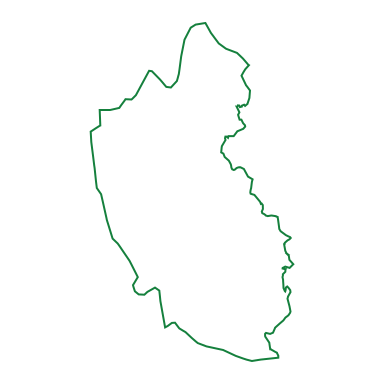 the district of Kpaai, Bong, Liberia
{"feature_id": "62588387B85752437288892", "entity_name": "Kpaai", "entity_type": "district", "adm_level": 2, "iso_a3": "LBR", "parent_name": "Liberia", "parent_adm1": "Bong", "projection": "robinson", "projection_center": [-9.185, 6.933], "detail": "fine", "context": "isolated", "style": "outline", "palette": "green", "viewbox_px": 384, "rotation_deg": 0, "n_neighbors": 0, "source": "geoboundaries", "source_scale": "gbopen_adm2", "svg_char_len": 3546}
<svg xmlns="http://www.w3.org/2000/svg" viewBox="0 0 384 384"><path d="M278.3,357.7L278.3,355.7L277.5,354.1L277.0,353.1L276.9,352.7L275.1,351.8L272.7,350.4L270.8,349.4L270.6,349.0L270.2,349.1L269.4,343.5L269.3,342.7L265.3,336.7L265.1,335.9L265.1,333.8L265.6,333.3L266.0,332.9L268.0,333.4L270.1,333.9L273.0,332.7L275.0,328.1L275.1,327.7L280.0,323.3L283.3,320.5L283.7,320.0L285.4,317.6L287.8,315.8L288.5,315.2L290.1,312.8L290.5,311.5L290.2,310.0L289.5,306.3L287.5,298.7L287.8,297.6L288.0,296.6L290.5,292.1L290.2,290.1L288.4,287.7L287.2,286.5L285.9,287.5L285.5,290.6L285.2,291.4L284.8,291.0L283.5,288.0L283.4,285.1L283.1,280.9L283.1,279.9L282.5,277.1L282.9,275.6L282.9,274.2L285.3,271.8L285.5,269.4L285.6,269.2L285.3,269.2L284.8,268.7L284.4,269.0L282.6,268.5L282.7,267.9L283.8,267.4L284.8,266.8L285.3,266.6L289.6,267.9L293.3,264.2L291.0,261.6L290.8,261.4L289.4,259.8L288.8,255.7L287.1,254.0L287.4,254.0L286.5,253.3L285.3,250.8L284.4,245.8L284.1,244.2L284.6,244.1L284.8,242.8L287.5,240.4L289.5,239.3L290.7,238.0L290.6,237.9L290.2,237.2L287.8,236.1L285.8,235.1L284.1,233.8L282.6,232.7L280.6,231.2L279.3,229.0L278.9,225.8L278.0,219.2L277.6,216.9L276.3,216.6L276.0,216.2L271.6,215.5L271.3,215.5L267.7,216.1L265.7,215.5L265.3,214.9L263.8,213.9L262.3,213.2L262.0,212.2L261.8,211.6L262.9,209.0L262.8,205.1L261.6,203.5L260.9,203.9L260.1,201.8L254.4,194.9L250.8,193.8L250.6,193.7L250.3,192.5L250.5,190.7L250.8,189.2L251.1,188.3L251.7,183.5L251.9,181.9L252.1,181.1L252.6,179.3L250.2,177.9L248.0,176.6L244.8,170.7L243.9,169.0L240.5,167.3L239.9,167.2L239.7,167.4L238.7,167.3L237.7,167.6L236.5,168.1L235.0,169.5L234.1,169.9L233.8,170.0L232.2,169.3L231.4,167.6L231.1,165.5L230.8,164.3L229.1,161.1L228.8,160.6L225.5,157.7L224.7,157.0L223.4,153.6L222.8,153.3L221.2,152.4L221.3,151.4L221.7,147.2L221.9,146.1L225.5,140.0L225.0,138.2L225.3,137.1L225.4,136.6L226.5,136.6L228.0,137.8L228.4,136.1L231.6,136.1L233.7,136.1L234.4,135.2L237.4,131.2L237.8,131.1L243.3,128.8L243.5,128.5L245.2,126.6L245.0,125.3L243.1,123.2L241.4,119.7L239.6,119.7L238.5,116.2L238.1,114.8L239.4,112.3L236.8,107.0L237.1,107.1L237.8,105.4L238.9,105.5L239.2,105.5L239.9,107.1L241.8,106.6L241.8,105.7L244.1,104.7L245.1,105.9L247.2,104.1L247.4,104.0L249.4,98.0L249.7,94.2L250.0,90.5L247.2,86.7L246.0,85.2L245.6,84.3L241.5,75.7L243.5,72.1L245.3,69.2L247.0,67.3L248.9,65.2L248.4,64.9L242.9,58.5L237.0,52.9L232.5,51.2L226.7,49.0L225.8,48.6L224.2,47.4L218.7,43.4L217.7,42.0L217.4,41.6L216.1,39.9L210.9,32.9L207.7,27.1L205.4,23.0L202.9,23.4L201.1,23.7L195.6,24.6L192.6,26.5L191.6,27.1L190.7,27.7L184.5,39.7L181.2,56.3L179.5,69.3L178.8,74.2L178.3,75.9L177.7,78.2L176.9,81.0L170.9,87.5L166.3,86.9L164.5,84.8L162.5,82.4L160.0,79.5L151.9,71.2L149.1,70.8L144.0,80.2L135.9,95.2L133.5,97.6L132.3,98.8L131.5,99.5L125.5,99.2L124.5,100.7L121.0,105.4L119.3,107.9L110.6,109.9L110.0,110.0L99.7,110.0L100.3,125.5L100.0,125.6L95.9,128.2L90.9,131.5L90.7,131.6L91.3,142.1L93.1,156.3L94.2,165.3L94.6,168.0L96.0,181.4L96.8,188.0L101.1,194.2L103.1,203.0L106.5,218.2L106.8,219.8L110.6,232.1L112.6,238.6L117.7,243.5L119.0,245.3L129.6,260.9L129.7,261.1L131.7,265.0L137.2,275.9L137.8,277.1L133.0,285.1L133.5,287.0L134.9,291.3L138.7,294.4L144.4,294.7L147.4,291.9L155.0,287.6L159.3,290.6L159.9,296.0L160.4,301.1L164.0,321.2L165.1,327.4L167.7,326.0L171.9,322.9L175.0,322.7L178.6,327.5L179.3,328.4L182.9,330.6L185.5,332.1L191.7,337.9L195.6,341.3L197.8,343.1L206.5,346.4L209.3,347.0L223.2,350.0L224.0,350.4L235.8,355.9L243.1,358.5L246.5,359.6L251.9,361.0L260.6,359.6L278.3,357.7Z" fill="none" stroke="#15803d" stroke-width="2"/></svg>